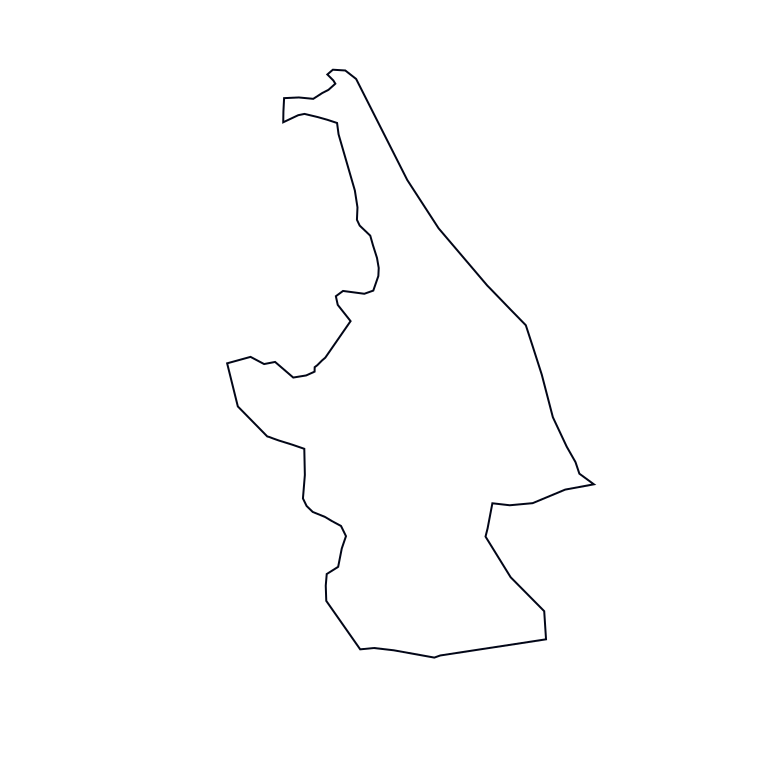 outline of Andoni, Nigeria, rotated 242°
{"feature_id": "59680162B90577513466378", "entity_name": "Andoni", "entity_type": "district", "adm_level": 2, "iso_a3": "NGA", "parent_name": "Nigeria", "parent_adm1": "", "projection": "mercator", "projection_center": [7.441, 4.514], "detail": "fine", "context": "isolated", "style": "outline", "palette": "ink", "viewbox_px": 768, "rotation_deg": 242, "n_neighbors": 0, "source": "geoboundaries", "source_scale": "gbopen_adm2", "svg_char_len": 1317}
<svg xmlns="http://www.w3.org/2000/svg" viewBox="0 0 768 768"><g transform="rotate(242 384 384)"><path d="M196.9,522.2L213.1,514.4L225.1,516.4L242.9,515.9L275.4,517.5L318.2,527.7L347.6,533.0L369.3,536.8L387.1,531.6L390.5,530.6L419.1,522.4L422.4,521.4L455.7,514.1L495.8,505.3L553.2,500.3L666.4,502.6L679.0,497.0L685.5,486.4L683.9,479.3L675.7,481.8L672.0,482.0L669.8,473.1L669.9,466.0L669.0,455.4L677.0,443.3L683.3,430.0L671.8,423.1L662.4,417.9L661.6,434.5L659.8,440.6L650.8,450.8L643.9,458.0L636.5,465.1L625.8,461.1L568.5,449.1L552.4,443.5L541.7,437.2L535.3,436.9L521.4,441.5L511.7,439.4L498.6,437.0L488.9,433.8L482.0,429.7L471.5,418.4L472.9,409.0L485.4,391.5L484.1,382.7L475.6,380.3L455.2,384.0L434.8,344.5L433.9,340.4L431.9,333.9L431.4,330.7L427.5,328.5L428.1,319.3L432.3,306.9L454.6,298.2L457.9,287.5L470.6,278.9L475.9,255.2L432.8,244.4L392.5,256.3L391.1,257.8L388.1,260.4L383.5,264.6L373.4,274.6L364.2,283.2L340.8,271.4L321.0,258.7L312.6,258.4L304.5,261.0L294.3,269.5L287.5,273.6L278.8,279.4L267.5,279.0L258.6,269.5L244.1,257.7L243.1,244.2L242.3,243.7L233.3,237.9L219.6,231.2L160.9,238.4L155.6,251.2L144.3,267.6L118.8,300.0L117.9,306.2L82.5,407.2L108.2,418.8L153.9,405.1L201.6,402.0L207.9,407.7L227.8,423.7L217.9,438.1L209.0,459.3L205.7,494.4L196.9,522.2Z" fill="none" stroke="#020617" stroke-width="2"/></g></svg>